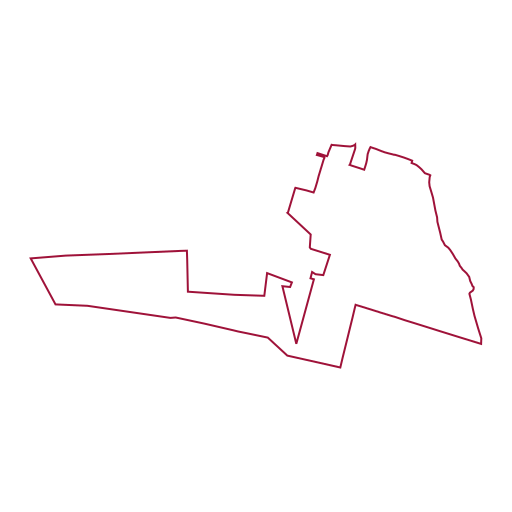 San Sebastián Abasolo, Oaxaca, Mexico
{"feature_id": "50627088B24853536589407", "entity_name": "San Sebastián Abasolo", "entity_type": "district", "adm_level": 2, "iso_a3": "MEX", "parent_name": "Mexico", "parent_adm1": "Oaxaca", "projection": "mercator", "projection_center": [-96.592, 16.987], "detail": "fine", "context": "isolated", "style": "outline", "palette": "rose", "viewbox_px": 512, "rotation_deg": 0, "n_neighbors": 0, "source": "geoboundaries", "source_scale": "gbopen_adm2", "svg_char_len": 2955}
<svg xmlns="http://www.w3.org/2000/svg" viewBox="0 0 512 512"><path d="M186.9,250.7L180.5,250.9L108.8,254.0L65.8,255.6L30.7,258.4L55.5,304.4L87.5,305.8L170.4,317.9L175.7,317.5L204.3,323.6L233.3,330.3L234.9,330.7L238.2,331.5L246.6,333.2L267.8,337.6L287.3,355.6L340.3,367.5L342.6,357.8L347.4,338.4L350.0,327.8L352.4,318.1L354.7,308.4L355.6,304.8L356.1,305.0L356.8,305.2L357.6,305.4L358.4,305.7L359.2,305.9L360.2,306.2L360.8,306.4L361.6,306.6L362.4,306.9L363.4,307.2L364.2,307.4L365.1,307.7L365.7,307.9L366.4,308.1L366.9,308.3L367.9,308.6L368.4,308.7L368.5,308.8L369.0,308.9L369.5,309.1L370.6,309.4L371.2,309.6L371.9,309.8L372.7,310.1L373.4,310.3L374.0,310.5L374.7,310.7L375.9,311.1L376.5,311.3L377.4,311.5L378.3,311.8L379.1,312.1L380.0,312.4L380.9,312.7L381.8,312.9L382.9,313.3L384.1,313.6L385.0,313.9L385.8,314.2L386.6,314.4L387.3,314.6L387.9,314.8L388.0,314.9L388.6,315.0L389.5,315.3L390.4,315.6L391.1,315.8L392.4,316.2L393.5,316.5L394.4,316.7L394.9,316.9L395.3,317.0L404.8,320.2L413.6,322.9L422.9,325.8L431.2,328.4L438.8,330.8L458.1,336.8L481.1,343.9L481.3,338.3L479.8,333.6L478.1,328.2L474.5,315.9L472.9,309.1L470.9,299.5L469.4,293.8L469.9,292.7L472.8,290.6L473.6,289.1L473.7,287.2L472.4,285.9L471.7,284.0L470.3,281.2L469.9,279.8L469.2,276.9L468.4,275.8L466.6,273.3L464.4,271.2L462.6,269.6L461.5,267.9L459.8,265.8L459.0,263.6L457.7,261.4L455.4,258.5L452.9,254.1L450.2,250.0L448.3,247.7L444.9,245.2L443.0,241.5L441.7,239.6L440.2,232.8L437.4,221.8L437.1,217.4L435.4,210.5L433.0,197.6L431.5,192.5L429.6,186.2L429.2,182.3L429.7,177.0L430.3,175.3L429.5,174.8L426.9,173.9L424.9,173.2L424.1,172.3L421.5,169.3L419.2,167.2L417.1,165.5L416.4,165.0L414.5,164.1L411.6,163.0L412.2,160.7L410.2,159.9L407.4,158.8L405.7,158.2L404.1,157.6L401.9,156.9L399.1,156.0L396.4,155.2L395.1,154.8L394.3,154.7L394.1,154.8L393.1,154.5L390.8,153.9L389.1,153.5L387.6,153.1L386.2,152.7L385.0,152.4L384.4,152.2L383.1,151.7L382.3,151.4L381.8,151.3L381.4,151.1L380.9,150.9L379.1,150.2L376.9,149.3L375.3,148.7L374.3,148.4L371.9,147.6L371.0,147.3L370.5,147.1L369.7,148.6L369.3,149.6L368.6,151.2L368.2,152.6L367.8,153.6L367.6,154.6L367.4,156.2L367.0,159.7L366.2,163.3L365.2,166.6L364.2,169.7L362.9,169.3L360.0,168.3L357.5,167.5L352.2,165.8L349.7,164.9L349.9,164.7L351.1,161.0L353.2,154.7L355.0,149.3L355.3,147.9L355.2,144.5L354.8,144.9L352.9,145.8L350.4,146.5L344.7,146.1L336.3,145.3L332.5,145.0L331.6,144.8L328.4,152.4L327.7,155.0L327.0,156.2L317.5,153.1L317.1,154.5L316.9,155.0L317.3,155.1L324.0,157.0L324.3,157.2L324.5,157.7L323.6,159.7L321.1,168.0L320.7,169.1L320.7,169.3L318.6,176.2L317.3,181.4L317.1,182.1L315.3,188.1L313.6,192.5L306.4,190.4L295.4,187.8L295.2,188.2L287.9,212.7L287.5,212.9L310.7,234.5L309.8,247.4L310.8,248.8L329.9,254.8L323.3,275.1L315.5,274.2L312.1,272.0L310.5,278.3L313.9,279.3L296.3,343.8L290.1,318.1L282.4,286.2L290.1,287.0L291.9,282.4L267.1,273.1L264.3,295.8L234.4,294.8L187.9,291.7L187.2,259.7L186.9,250.7Z" fill="none" stroke="#9f1239" stroke-width="2"/></svg>